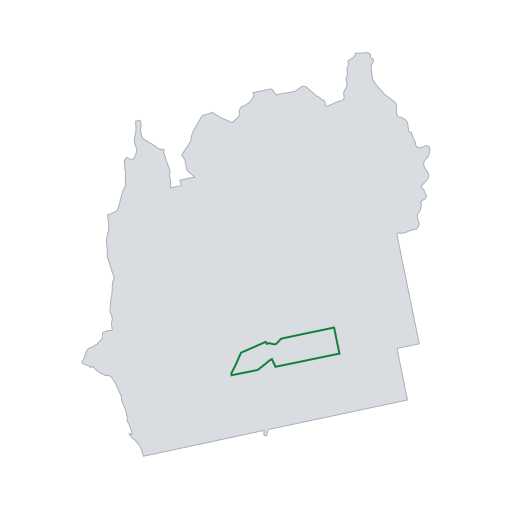 Dongola, Northern, Sudan (highlighted), rotated 168°
{"feature_id": "16777658B3318260280309", "entity_name": "Dongola", "entity_type": "district", "adm_level": 2, "iso_a3": "SDN", "parent_name": "Sudan", "parent_adm1": "Northern", "projection": "robinson", "projection_center": [30.297, 19.219], "detail": "fine", "context": "in_parent", "style": "outline", "palette": "green", "viewbox_px": 512, "rotation_deg": 168, "n_neighbors": 0, "source": "geoboundaries", "source_scale": "gbopen_adm2", "svg_char_len": 4759}
<svg xmlns="http://www.w3.org/2000/svg" viewBox="0 0 512 512"><g transform="rotate(168 256 256)"><path d="M345.9,412.9L341.5,412.8L341.1,411.7L341.1,408.5L341.6,406.1L343.2,402.3L342.8,400.3L343.0,397.3L341.9,393.9L331.5,384.2L329.5,381.6L323.9,379.1L324.8,376.4L322.5,356.5L323.6,354.2L323.9,350.8L323.9,347.7L325.2,342.6L325.4,340.5L314.4,340.3L314.2,342.5L314.8,345.0L314.7,345.9L299.4,346.0L305.6,353.8L305.8,357.2L305.5,361.5L305.6,364.2L306.0,366.0L307.6,369.5L307.5,370.1L307.1,370.9L296.3,381.3L294.5,386.1L293.0,388.7L289.9,392.9L279.9,404.0L278.3,404.7L270.8,405.1L270.0,405.4L269.4,405.9L269.1,405.8L262.6,399.3L251.7,391.4L244.5,395.5L242.5,397.0L242.5,400.8L241.4,402.7L239.5,404.8L234.2,406.1L231.4,407.3L228.1,409.4L224.8,412.9L224.6,414.8L225.0,416.4L206.6,416.3L205.4,415.0L202.7,409.2L200.8,409.5L184.1,408.9L181.7,409.5L176.9,411.9L174.5,412.3L172.0,411.2L163.2,399.6L161.3,398.2L159.3,395.5L157.4,394.3L156.8,393.4L156.6,392.2L156.7,389.6L156.1,388.0L154.7,387.7L142.8,390.3L141.1,390.0L138.6,390.5L137.8,391.0L136.8,392.5L136.6,395.7L136.3,397.3L135.4,399.0L132.0,402.9L131.2,404.6L131.4,408.9L131.1,411.1L130.6,412.1L129.1,413.8L128.6,414.8L128.0,420.3L126.1,423.6L125.7,424.8L125.6,427.2L125.3,427.9L119.9,429.9L117.9,431.1L116.7,433.0L116.4,433.8L114.1,433.1L111.2,432.6L105.6,432.0L103.4,431.1L102.3,429.8L102.6,426.5L102.1,425.7L101.2,425.2L100.6,423.7L100.7,422.0L103.7,418.1L104.3,416.0L105.1,406.3L104.9,403.4L102.6,397.9L97.3,388.5L96.0,386.7L89.3,379.0L88.6,377.8L86.9,374.6L88.8,367.4L88.9,365.4L88.5,363.4L86.8,361.9L85.3,361.7L83.3,359.8L82.0,358.9L80.9,357.2L80.1,354.9L80.7,346.4L80.3,345.3L78.6,345.0L78.2,344.4L78.3,342.8L77.4,338.0L76.4,334.0L77.0,331.8L75.6,328.8L72.9,327.6L67.5,328.5L65.8,328.4L64.7,327.8L63.9,326.7L63.5,325.4L63.9,323.5L65.4,319.9L67.3,317.0L71.2,314.3L72.3,312.9L72.9,311.3L73.0,309.5L72.7,307.5L72.3,305.8L71.2,303.5L70.2,300.7L70.2,298.9L70.7,297.6L71.7,296.0L75.6,292.9L79.5,290.3L80.2,289.4L79.9,288.3L78.1,286.2L77.6,282.1L76.6,279.2L78.6,277.0L80.1,276.3L82.4,275.6L83.3,274.7L83.6,273.0L83.5,271.3L84.4,270.1L85.5,267.4L86.4,266.2L89.4,263.1L90.1,261.1L90.3,259.2L89.5,253.4L91.3,251.0L93.5,248.9L96.7,249.1L101.6,248.6L105.0,247.8L107.4,247.8L112.8,248.9L113.4,248.4L113.7,246.9L114.6,136.2L137.1,136.2L137.3,136.0L137.8,83.7L279.2,83.7L280.4,83.5L282.6,78.6L283.6,78.2L285.0,78.5L285.5,79.7L284.3,83.7L407.8,83.6L408.1,89.6L409.1,94.4L412.7,101.3L415.7,104.9L416.8,107.0L416.9,107.9L416.8,108.8L415.9,107.8L414.4,107.1L414.2,110.3L415.0,116.9L416.3,121.5L415.4,125.7L415.6,132.9L417.3,141.5L417.0,147.1L419.7,159.9L422.3,167.1L423.7,168.8L425.3,169.8L428.2,170.4L432.7,174.0L436.2,177.8L437.4,179.9L439.1,182.1L440.3,181.7L441.0,181.1L442.1,182.9L447.7,186.7L448.5,188.5L446.6,190.2L444.3,193.2L443.2,196.0L442.6,196.9L440.8,198.7L440.5,199.5L439.7,200.1L438.9,200.1L437.0,201.0L435.3,200.7L433.6,201.3L433.0,201.9L431.6,202.5L429.8,202.8L426.9,205.2L424.4,206.4L423.6,207.3L422.3,212.0L421.4,213.3L417.7,213.4L415.9,213.8L413.4,213.3L412.2,213.3L411.9,214.3L411.5,218.4L411.5,220.1L409.5,224.7L410.2,233.4L408.2,239.8L407.9,241.3L406.0,246.4L404.9,248.3L402.4,257.9L401.4,260.8L399.3,263.9L401.7,286.9L399.9,294.0L399.9,297.8L398.7,303.5L397.7,306.1L396.0,309.3L394.6,312.8L393.5,317.5L392.7,326.3L392.3,327.1L385.7,328.2L383.6,328.8L382.2,329.8L380.5,332.1L377.2,338.3L375.5,342.1L372.7,347.3L369.5,351.0L368.8,352.8L368.3,356.1L367.1,361.4L366.1,365.2L366.3,368.2L365.3,373.4L365.4,376.0L364.3,377.4L362.8,378.8L361.8,379.1L357.1,375.6L353.9,378.0L351.9,381.4L350.3,384.8L351.3,392.1L351.2,393.7L350.7,395.4L347.7,402.6L346.8,405.8L345.9,411.5L345.9,412.9Z" fill="#d9dde1" stroke="#a8b0b8" stroke-width="1"/><path d="M304.6,144.4L303.8,144.4L302.6,144.4L297.0,144.4L285.3,144.2L284.2,144.2L278.0,144.2L272.7,146.8L269.3,148.5L265.0,150.8L264.7,150.9L264.2,151.2L263.7,151.2L263.5,151.3L263.2,151.4L263.0,151.5L262.9,151.5L262.6,151.6L262.4,151.5L262.2,151.7L262.0,151.9L261.8,151.9L261.7,151.6L261.8,151.2L261.7,150.7L261.6,150.4L261.5,150.1L261.4,149.8L261.4,149.7L261.3,149.3L261.0,148.8L260.9,148.4L260.9,148.1L261.1,147.6L260.7,147.0L260.5,146.5L260.5,145.9L260.4,145.5L260.3,145.1L260.3,144.7L260.2,144.3L260.2,144.1L260.2,143.9L260.1,143.6L256.0,143.6L246.7,143.5L234.3,143.4L232.3,143.4L197.7,143.2L196.3,143.2L194.9,143.2L194.7,143.2L194.7,143.3L194.5,169.8L194.8,169.8L195.6,169.8L210.0,169.8L223.3,169.9L233.8,169.9L240.7,169.9L244.3,169.9L247.7,169.9L248.8,169.8L251.7,167.7L254.6,165.8L256.6,165.8L259.0,166.9L261.2,168.1L263.6,167.8L263.7,168.2L263.8,168.5L263.9,168.8L264.1,169.3L264.4,170.0L290.8,164.5L293.1,161.3L296.2,157.0L297.5,155.1L303.6,147.5L304.5,146.4L304.6,145.7L304.6,145.4L304.6,144.4L304.6,144.4Z" fill="none" stroke="#15803d" stroke-width="2"/></g></svg>